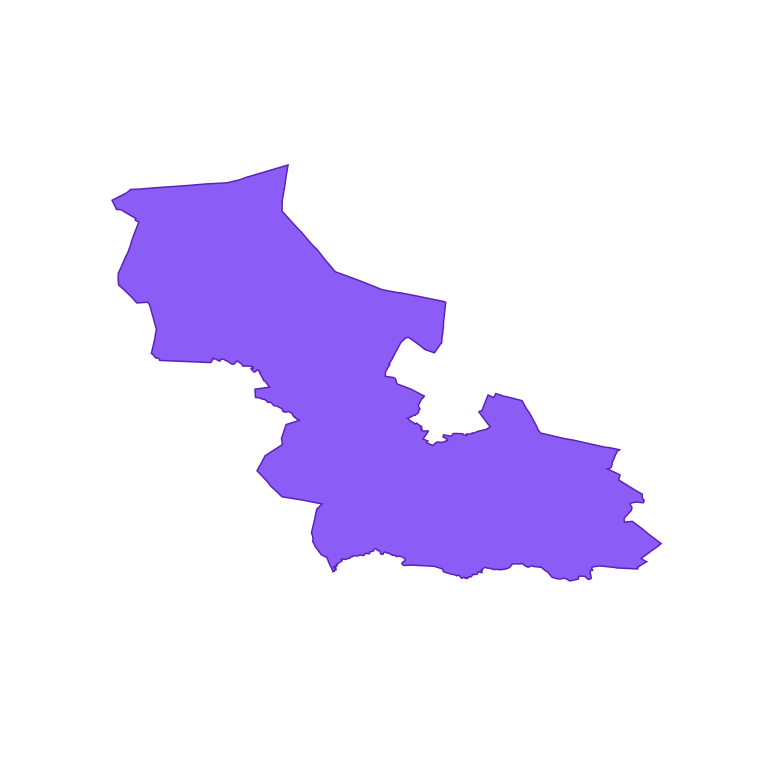 outline of Preiļu pag., Preilu, Latvia, rotated 12°
{"feature_id": "27541924B82337484092202", "entity_name": "Preiļu pag.", "entity_type": "district", "adm_level": 2, "iso_a3": "LVA", "parent_name": "Latvia", "parent_adm1": "Preilu", "projection": "equal_earth", "projection_center": [26.708, 56.291], "detail": "fine", "context": "isolated", "style": "filled", "palette": "violet", "viewbox_px": 768, "rotation_deg": 12, "n_neighbors": 0, "source": "geoboundaries", "source_scale": "gbopen_adm2", "svg_char_len": 6150}
<svg xmlns="http://www.w3.org/2000/svg" viewBox="0 0 768 768"><g transform="rotate(12 384 384)"><path d="M86.2,269.0L89.9,268.2L90.7,268.3L106.8,273.8L106.6,275.4L110.5,276.6L108.2,290.6L107.2,298.4L107.4,298.6L107.1,301.6L106.0,309.2L104.6,314.0L102.6,324.4L101.1,330.8L102.1,336.6L103.8,342.3L107.8,344.5L118.8,351.3L125.3,356.1L135.9,353.2L138.4,355.5L150.1,378.0L150.0,381.1L150.4,387.7L150.1,402.6L151.0,402.8L152.3,403.5L155.6,406.2L157.1,405.5L158.2,405.7L159.6,407.6L209.3,399.2L210.5,398.5L211.0,396.9L210.6,395.7L211.9,394.1L212.7,395.0L213.8,394.5L214.7,394.6L216.5,395.5L218.5,395.6L219.0,395.3L218.6,394.5L221.1,393.1L222.0,392.9L224.2,394.1L225.5,394.0L231.1,396.2L232.4,396.0L233.6,395.3L235.1,392.5L235.6,392.2L236.4,392.1L237.6,392.9L240.2,393.7L241.9,395.6L242.5,395.8L248.6,394.4L252.0,394.5L252.7,395.0L252.6,395.7L252.1,396.1L251.0,396.2L250.7,396.5L250.8,396.7L251.5,397.5L254.4,399.3L255.4,398.9L257.3,396.3L258.1,396.5L258.4,397.1L260.0,397.4L259.8,398.6L266.0,405.9L267.1,405.9L272.7,410.9L258.9,415.9L261.1,423.9L265.7,423.4L267.1,424.0L270.9,424.0L274.3,426.1L276.7,425.5L277.6,425.7L280.8,428.1L283.8,427.9L289.1,429.3L290.4,430.4L290.6,430.8L290.3,431.2L290.5,431.5L292.2,432.1L294.1,431.9L294.8,431.4L296.7,430.8L298.6,431.5L300.0,431.6L301.2,433.3L302.8,434.9L303.6,435.2L304.1,434.9L305.6,436.4L306.1,436.6L307.3,436.4L308.7,437.3L296.7,444.0L295.0,458.6L296.8,462.8L297.1,464.5L282.6,478.9L279.8,489.1L279.2,490.4L277.8,495.2L291.1,504.4L294.7,507.7L298.1,509.5L307.1,515.2L308.2,515.5L328.1,514.5L348.4,514.2L344.5,519.9L344.9,520.2L344.4,520.7L344.2,522.0L344.3,530.8L344.0,544.8L345.8,547.6L346.8,550.5L347.1,552.9L350.7,557.4L358.1,564.0L364.1,565.6L366.3,568.7L366.5,569.3L372.8,577.5L373.1,578.3L374.2,577.6L374.2,577.0L375.5,575.9L375.8,575.3L374.8,574.8L375.2,574.2L375.2,573.9L374.5,573.7L374.2,574.0L374.2,574.5L373.8,574.5L373.4,574.3L373.4,573.8L372.7,573.3L373.1,572.9L375.5,572.0L375.9,571.2L374.8,570.7L374.7,570.4L376.8,569.0L377.1,568.1L377.8,567.6L378.0,567.0L379.6,566.2L379.7,565.7L378.7,564.5L378.9,564.3L380.0,563.7L381.6,563.9L384.4,562.7L387.2,561.0L387.5,560.1L389.8,558.9L390.4,558.1L393.8,557.8L396.2,556.1L397.3,556.3L399.8,556.0L400.1,555.7L400.7,554.3L401.5,553.4L402.5,553.1L403.5,553.4L404.7,553.2L405.1,552.8L405.2,550.9L406.6,550.5L408.4,549.6L408.5,549.3L408.5,548.1L410.0,546.7L411.4,547.2L412.2,548.3L413.3,548.1L414.3,548.2L415.0,548.8L415.8,550.6L416.8,551.0L418.4,550.8L418.9,548.7L419.4,548.3L420.0,548.2L421.6,548.7L423.7,548.4L428.1,549.8L430.3,549.2L431.4,550.1L432.6,550.1L433.9,549.5L435.7,549.3L437.4,549.3L439.1,549.9L441.1,550.8L441.2,552.5L439.5,554.2L438.9,555.2L438.9,555.9L439.3,556.5L441.2,557.4L448.7,555.4L470.9,551.9L479.6,552.7L481.0,554.9L481.4,555.3L488.9,556.0L493.1,555.9L494.7,556.5L497.1,555.6L497.6,555.7L499.6,557.5L500.5,557.8L502.3,556.5L503.6,556.5L503.7,557.1L504.1,557.2L505.7,557.0L506.2,556.5L505.8,556.1L506.9,555.5L507.1,555.1L507.0,554.9L509.3,554.5L510.2,552.8L510.4,551.7L512.0,551.6L514.9,550.5L515.2,548.7L515.6,548.0L516.3,547.9L517.5,548.4L518.4,548.0L519.0,548.1L518.8,547.6L518.7,546.7L518.0,546.3L518.7,545.8L518.2,545.3L518.8,544.9L519.8,543.3L521.0,542.3L523.1,542.6L526.7,542.2L528.6,542.7L530.8,542.5L534.1,541.6L536.3,541.6L537.3,541.1L538.3,540.9L542.6,539.1L544.7,537.5L545.7,536.4L546.3,534.2L547.0,533.5L548.4,532.9L554.7,531.7L555.7,530.9L557.5,531.3L558.0,531.7L560.7,532.8L562.9,533.2L564.6,532.4L565.4,531.6L566.6,530.9L568.2,531.4L576.1,530.6L579.6,532.6L583.5,534.0L586.6,536.7L588.8,538.2L593.8,538.5L596.0,538.3L601.0,536.5L603.0,536.8L606.7,538.0L614.7,534.4L614.3,532.3L614.4,531.9L615.5,531.3L617.2,530.8L620.4,530.4L624.1,532.6L624.7,532.6L626.3,531.9L627.0,530.9L627.0,530.4L624.9,525.5L624.7,524.6L624.9,523.5L626.8,522.9L625.3,520.6L626.7,519.3L632.3,517.2L634.6,516.7L634.6,516.9L648.6,515.4L649.3,515.6L670.6,512.2L670.1,510.5L671.1,509.9L671.0,509.6L677.9,503.2L675.6,502.7L671.8,501.2L681.9,489.8L685.4,486.1L688.2,482.5L673.9,475.8L666.8,472.0L655.3,466.7L647.9,469.1L647.1,466.9L646.9,465.2L652.2,456.2L652.3,453.5L650.0,450.7L649.6,449.7L650.2,449.2L655.1,447.0L662.2,446.3L662.6,445.3L662.7,443.7L660.3,441.9L659.5,438.1L651.4,435.5L633.5,429.1L633.8,423.9L620.3,420.6L622.4,419.4L623.5,418.5L623.8,416.2L623.6,412.9L624.3,410.4L625.0,406.0L626.1,401.5L628.1,399.3L617.5,399.4L612.7,399.9L580.6,399.5L571.3,399.9L547.3,399.4L544.1,396.6L541.1,392.4L534.1,384.1L531.0,380.8L528.7,378.8L522.5,371.6L507.9,371.0L502.6,371.0L500.5,370.6L495.3,370.1L494.3,374.4L488.1,373.1L485.2,390.0L483.4,390.6L482.9,391.0L482.7,391.7L496.8,403.9L493.9,406.6L494.0,406.9L486.3,410.4L481.2,413.8L480.6,413.4L479.5,414.8L474.9,415.8L475.4,417.3L472.9,417.3L471.2,416.3L466.0,417.2L462.0,418.0L460.8,421.1L452.9,421.3L452.7,423.3L452.9,423.7L454.8,423.9L455.6,424.2L455.7,424.6L457.0,424.7L457.8,425.7L457.4,426.4L456.5,426.7L455.9,427.1L455.7,427.7L452.7,429.1L448.1,429.6L446.0,431.7L444.6,434.0L437.8,432.6L438.9,430.7L433.6,429.7L437.1,421.4L436.9,420.7L432.3,421.9L429.9,421.0L430.5,420.0L429.0,419.2L429.8,418.0L423.7,415.5L422.5,416.8L421.1,415.7L418.1,414.8L414.2,412.7L415.0,412.6L415.1,412.0L415.7,411.8L416.2,411.1L417.4,410.6L419.4,408.6L421.0,408.2L421.2,407.5L422.6,406.3L423.3,405.2L423.6,404.4L423.5,402.5L424.4,401.1L422.0,398.0L423.9,390.9L425.1,389.4L426.0,387.5L410.9,383.3L396.7,381.2L394.1,376.5L391.9,375.7L383.8,376.2L383.2,373.7L383.1,371.2L385.7,363.5L384.6,363.2L386.4,359.2L388.8,350.0L389.6,347.8L391.8,340.1L395.5,334.5L398.3,333.3L400.6,334.1L408.2,337.5L417.0,341.8L426.9,343.0L431.2,332.6L431.8,332.1L431.0,325.7L430.9,322.8L430.6,322.6L430.9,322.1L430.6,319.3L430.1,318.6L430.5,317.0L429.5,312.0L427.4,291.4L426.3,290.9L398.2,291.1L380.4,291.4L379.8,291.7L362.8,292.2L339.9,288.2L313.5,284.4L312.3,283.8L300.5,274.7L291.4,267.0L284.3,262.4L271.8,252.8L265.6,248.6L248.3,236.1L246.3,225.7L246.1,217.8L245.7,214.7L245.9,214.1L246.1,214.0L245.9,213.0L245.1,201.2L244.6,189.7L206.3,210.5L200.7,214.1L188.5,219.9L168.3,225.3L152.2,230.2L115.8,240.7L107.8,243.1L107.7,243.3L95.7,246.4L94.0,248.7L92.1,250.9L79.8,260.8L86.2,269.0Z" fill="#8b5cf6" stroke="#5b21b6" stroke-width="1.5"/></g></svg>